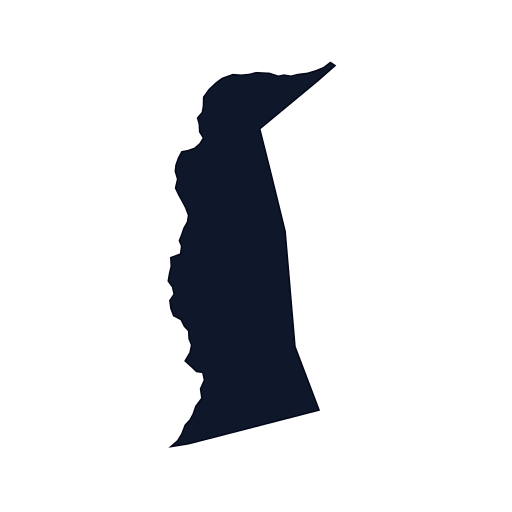 outline of Pedra Branca, Paraíba, Brazil, rotated 195°
{"feature_id": "56859067B10838680132800", "entity_name": "Pedra Branca", "entity_type": "district", "adm_level": 2, "iso_a3": "BRA", "parent_name": "Brazil", "parent_adm1": "Paraíba", "projection": "albers", "projection_center": [-38.064, -7.465], "detail": "fine", "context": "isolated", "style": "filled", "palette": "ink", "viewbox_px": 512, "rotation_deg": 195, "n_neighbors": 0, "source": "geoboundaries", "source_scale": "gbopen_adm2", "svg_char_len": 1123}
<svg xmlns="http://www.w3.org/2000/svg" viewBox="0 0 512 512"><g transform="rotate(195 256 256)"><path d="M234.2,287.3L264.3,342.1L285.3,379.8L241.3,441.8L228.9,460.4L234.2,462.2L239.4,455.5L246.2,450.3L253.7,445.7L262.2,442.3L268.8,438.7L275.8,438.0L281.0,435.4L290.3,435.9L303.4,433.1L309.1,429.8L317.1,426.8L325.2,425.3L334.6,418.8L339.1,413.2L344.3,404.8L347.7,395.9L345.6,387.3L345.0,380.8L348.2,374.2L345.0,368.9L342.5,361.3L337.3,356.4L339.2,350.0L343.1,344.2L348.9,340.2L354.6,337.5L356.2,330.8L356.8,323.1L355.9,317.0L351.6,310.0L351.3,300.8L346.1,294.7L342.2,290.7L336.5,284.6L331.7,277.9L331.0,271.1L332.8,264.1L333.2,257.7L334.0,251.0L330.4,246.3L329.4,238.4L337.9,232.4L335.2,224.1L335.0,216.7L334.3,209.1L328.6,204.5L325.2,197.9L327.7,190.7L324.6,183.3L320.1,177.0L311.9,175.2L307.0,169.6L301.7,166.3L299.2,158.7L295.2,153.4L294.7,145.6L297.3,136.3L289.1,132.1L283.5,129.0L277.3,129.8L273.7,122.8L275.2,113.4L271.5,104.6L275.2,95.3L275.8,86.8L277.3,80.6L280.6,74.3L281.6,64.8L283.9,57.2L288.9,49.8L272.5,57.2L155.2,123.5L194.9,178.6L234.2,287.3Z" fill="#0f172a" stroke="#020617" stroke-width="1.5"/></g></svg>